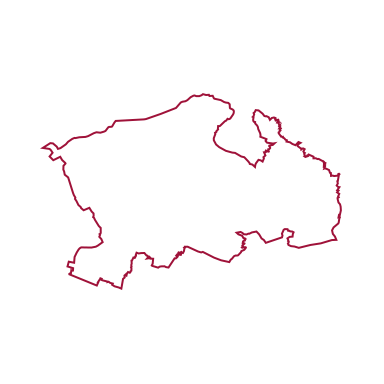 Soledad Atzompa, Veracruz, Mexico, rotated 249°
{"feature_id": "50627088B15412930906672", "entity_name": "Soledad Atzompa", "entity_type": "district", "adm_level": 2, "iso_a3": "MEX", "parent_name": "Mexico", "parent_adm1": "Veracruz", "projection": "robinson", "projection_center": [-97.186, 18.707], "detail": "fine", "context": "isolated", "style": "outline", "palette": "rose", "viewbox_px": 384, "rotation_deg": 249, "n_neighbors": 0, "source": "geoboundaries", "source_scale": "gbopen_adm2", "svg_char_len": 6073}
<svg xmlns="http://www.w3.org/2000/svg" viewBox="0 0 384 384"><g transform="rotate(249 192 192)"><path d="M125.0,325.5L127.5,325.8L129.7,325.0L132.9,325.4L134.2,325.7L134.5,327.1L135.5,326.8L137.5,328.8L139.7,327.3L140.8,329.2L141.6,328.2L143.7,331.3L144.4,330.2L146.2,329.4L147.7,331.2L149.7,331.5L149.6,331.8L155.4,335.3L155.8,336.0L156.3,335.8L156.4,335.1L155.0,334.1L156.0,330.3L156.9,329.3L157.2,327.6L159.9,328.4L160.1,327.9L160.7,327.7L163.4,327.8L165.6,325.7L166.5,324.4L166.5,323.9L167.9,325.1L168.1,324.6L168.5,325.0L168.5,324.2L170.3,325.0L169.7,325.5L171.2,326.9L172.4,325.6L172.8,326.0L173.9,325.4L174.5,324.6L177.5,322.1L177.8,320.9L179.1,319.7L179.9,317.5L181.4,318.1L185.2,314.3L184.7,313.4L184.8,312.6L184.6,312.4L184.0,312.7L184.1,310.4L185.0,309.8L185.1,310.4L187.4,310.4L188.0,311.3L188.7,310.7L189.9,310.5L191.6,312.5L192.7,311.6L193.1,310.4L192.6,309.8L192.5,309.3L193.2,309.5L197.0,307.1L198.4,307.8L199.0,310.9L200.5,309.3L198.6,305.4L200.9,302.9L203.3,301.3L205.2,298.3L206.3,299.1L207.3,298.0L209.1,297.4L209.7,296.8L210.6,296.7L210.4,296.3L212.1,295.3L212.0,295.0L215.7,294.0L216.6,294.2L216.9,295.3L217.3,295.5L217.7,296.5L218.6,296.1L219.0,296.4L219.4,297.7L220.3,297.5L220.4,296.8L220.8,297.4L221.7,297.9L222.0,296.9L222.3,296.8L223.4,298.2L223.5,297.5L225.8,297.4L226.3,296.4L226.7,296.8L226.3,298.2L227.0,297.7L228.0,298.5L228.6,298.4L228.8,295.7L230.8,295.7L230.7,296.4L231.1,296.5L232.2,295.2L232.5,293.0L231.4,290.6L234.3,290.4L236.1,288.7L236.2,288.0L237.0,286.8L239.8,286.0L244.3,283.4L245.6,280.8L244.1,279.2L243.6,277.8L242.3,277.9L240.6,276.5L240.3,275.7L239.7,276.2L237.6,275.0L236.4,274.7L235.3,275.0L234.7,276.0L233.8,275.6L232.9,275.7L230.8,276.6L229.1,276.8L227.0,276.4L222.4,276.7L220.4,276.3L219.1,275.6L214.7,280.5L214.2,280.2L213.7,279.2L213.0,279.0L211.1,279.8L208.2,285.0L207.9,286.5L207.0,284.3L207.6,280.8L207.3,280.5L205.7,280.9L205.0,280.7L204.4,279.6L204.5,278.4L202.3,278.2L202.3,277.7L204.2,275.8L203.7,275.3L202.9,275.4L202.8,274.7L203.2,273.5L199.8,273.6L198.9,271.2L197.5,271.1L195.1,268.8L196.9,267.5L198.2,265.6L195.8,261.9L194.7,260.9L192.8,259.8L196.0,258.2L197.5,256.0L198.5,256.1L200.6,255.4L205.7,253.3L207.5,250.7L213.1,246.2L214.3,243.8L218.3,238.4L224.1,233.5L227.7,231.5L232.4,230.9L234.4,231.6L237.8,234.6L239.0,234.7L239.3,236.2L240.0,236.5L241.1,238.8L241.7,238.8L244.2,240.0L243.6,241.4L243.7,241.9L246.3,248.1L246.4,249.5L247.6,251.4L246.9,252.1L246.7,253.1L246.9,254.1L249.7,258.2L250.9,259.3L252.4,260.0L253.2,260.1L254.5,259.5L256.4,257.6L256.9,257.5L260.4,258.6L262.2,257.8L263.4,255.6L264.5,254.2L267.5,251.8L271.1,246.3L271.8,246.0L274.4,245.8L275.4,242.7L276.7,242.6L277.5,239.9L279.4,237.3L278.9,235.6L278.9,233.1L280.0,230.3L281.2,229.0L281.4,227.8L281.0,224.7L279.4,220.6L279.1,218.4L279.7,215.4L279.6,213.6L276.2,207.2L276.1,190.7L276.6,175.1L277.0,173.2L285.7,146.2L284.6,144.4L281.8,140.9L281.8,140.0L282.5,137.8L282.4,137.0L280.0,133.1L279.9,131.4L280.2,127.7L282.0,124.2L282.1,121.4L281.4,115.0L281.6,112.3L283.5,106.3L284.1,102.5L284.6,101.7L284.5,99.3L283.3,94.3L281.7,91.3L280.1,84.9L280.3,82.3L282.8,82.0L287.2,79.6L288.4,77.2L286.6,68.5L283.2,74.5L281.5,75.3L278.6,75.9L276.2,71.8L271.4,73.9L272.1,81.6L268.4,82.2L264.5,84.1L263.9,84.1L262.5,81.4L259.0,79.9L257.1,80.0L253.8,79.4L250.0,81.6L233.8,80.6L231.4,80.6L228.6,81.1L227.5,80.3L224.9,80.9L220.5,81.3L217.9,82.7L216.7,82.7L213.8,84.3L214.0,90.5L209.7,91.3L207.3,92.4L204.9,91.6L204.0,90.7L202.9,91.3L200.9,91.4L193.6,92.8L191.2,93.9L186.7,92.2L186.0,91.7L185.8,90.6L184.8,90.7L183.4,89.4L180.5,90.5L177.2,90.6L175.7,84.9L175.4,82.6L176.2,78.1L180.0,68.7L179.7,67.0L179.0,65.6L176.9,62.8L173.4,59.1L168.2,56.6L171.1,52.0L167.1,49.1L163.5,53.7L161.3,52.7L161.6,51.3L162.0,51.2L159.1,49.6L159.7,48.9L159.5,48.1L159.1,48.0L138.8,69.6L141.3,72.1L141.5,71.9L143.6,74.8L143.4,75.0L144.2,75.6L143.3,76.6L142.5,75.9L141.7,76.7L138.5,81.2L138.2,81.0L138.1,82.0L136.5,83.0L134.9,85.2L134.0,84.2L131.7,85.9L129.1,89.4L127.1,91.4L135.6,96.5L136.3,98.5L138.2,99.0L138.5,99.8L137.4,100.8L138.4,101.5L138.9,100.9L139.2,101.5L138.9,101.8L140.2,103.6L138.9,105.0L139.3,105.8L140.0,106.2L140.3,107.2L142.4,108.1L143.6,108.1L143.9,108.8L145.5,109.1L146.9,110.1L149.5,110.9L149.4,111.3L151.8,113.8L151.2,114.5L151.9,115.5L151.5,115.6L152.6,116.9L153.6,117.1L155.2,118.5L153.7,120.2L153.2,122.7L152.1,125.7L148.9,126.8L148.7,127.4L147.5,128.0L146.6,127.3L146.0,126.2L145.6,128.2L146.4,128.4L146.7,129.0L145.3,129.6L145.3,129.2L144.7,129.2L143.6,131.8L139.2,129.6L137.8,128.1L137.3,128.4L133.5,133.3L133.9,135.0L133.6,136.6L132.5,139.7L131.2,140.8L129.9,143.0L136.3,152.0L135.8,153.1L136.5,155.0L137.1,155.7L137.8,155.7L137.7,154.7L138.2,154.4L139.1,155.9L139.0,156.8L140.1,157.4L140.9,158.5L139.2,157.6L138.1,157.4L138.1,157.9L138.5,158.0L138.5,158.8L137.6,158.5L137.3,159.0L138.3,159.9L139.3,159.4L139.7,159.6L139.9,160.5L138.9,160.9L138.3,161.7L139.7,163.3L142.2,164.8L142.8,164.7L142.7,165.6L143.4,165.8L142.4,168.4L134.3,176.3L132.3,178.9L132.2,180.6L122.8,189.1L117.8,194.7L113.2,201.7L115.0,204.0L115.3,205.3L117.0,208.2L117.1,209.9L116.5,211.4L116.4,212.4L118.2,216.1L119.1,216.9L119.3,220.1L120.4,222.0L120.9,222.4L121.5,221.8L122.0,218.9L122.4,218.7L123.0,220.1L124.0,219.9L125.0,222.5L125.3,222.5L126.0,221.0L127.4,221.8L127.8,222.4L127.8,224.0L128.7,224.1L129.0,225.1L129.8,224.7L130.6,223.5L133.2,223.1L135.9,220.1L138.0,219.1L137.3,223.0L135.6,224.5L134.1,225.1L132.8,227.7L132.9,229.7L132.5,230.6L132.8,233.4L132.0,238.0L128.4,239.5L123.7,240.3L121.4,241.9L118.1,242.7L117.4,259.8L119.0,260.9L120.8,261.0L123.9,264.1L124.1,265.4L123.0,267.9L121.3,267.9L121.0,268.9L120.1,269.5L119.1,271.5L118.0,272.4L116.7,271.1L114.3,269.9L115.1,267.1L114.5,264.5L112.3,264.6L111.8,264.1L110.9,264.5L110.0,263.9L109.6,263.1L108.0,263.1L106.0,265.0L104.4,268.1L101.6,271.7L100.1,283.6L97.9,293.8L97.0,305.4L95.6,309.6L99.2,309.5L102.4,308.5L106.0,309.0L108.2,311.5L110.2,317.3L110.9,318.0L114.6,320.1L115.2,320.9L116.0,321.0L116.0,319.8L118.0,321.1L117.6,321.8L121.5,324.4L125.0,325.5Z" fill="none" stroke="#9f1239" stroke-width="2"/></g></svg>